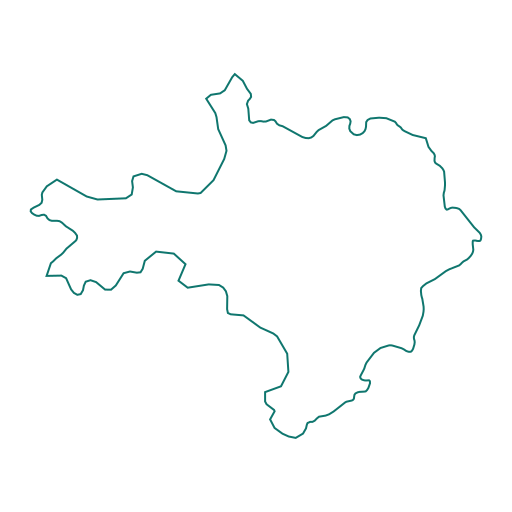 SVG path tracing the border of Gard
{"feature_id": "FRA-5293", "entity_name": "Gard", "entity_type": "Metropolitan department", "adm_level": 1, "iso_a3": "FRA", "parent_name": "France", "parent_adm1": "", "projection": "natural_earth1", "projection_center": [4.221, 43.959], "detail": "fine", "context": "isolated", "style": "outline", "palette": "teal", "viewbox_px": 512, "rotation_deg": 0, "n_neighbors": 0, "source": "natural_earth", "source_scale": "10m", "svg_char_len": 3917}
<svg xmlns="http://www.w3.org/2000/svg" viewBox="0 0 512 512"><path d="M295.7,437.9L288.7,436.5L282.5,433.7L274.6,428.0L270.1,419.4L274.6,411.3L274.1,410.0L266.6,404.3L265.1,401.5L265.1,392.1L281.0,386.3L288.4,371.9L287.2,353.7L277.1,336.4L273.3,333.5L260.3,327.6L243.5,315.4L230.7,314.3L227.9,313.0L227.1,309.2L227.3,296.1L225.9,291.3L223.2,287.6L219.0,285.0L208.7,284.4L187.7,287.7L178.5,280.7L185.5,264.2L173.8,253.6L156.1,251.6L144.8,260.8L142.7,268.8L140.5,272.3L136.8,272.7L130.0,271.5L123.6,273.2L115.8,285.5L111.0,289.7L105.1,289.6L96.1,282.1L90.5,280.2L85.7,281.7L83.9,285.6L83.0,290.2L80.7,294.1L77.3,294.8L73.9,292.9L71.1,289.4L66.1,278.2L61.4,275.6L46.6,275.9L50.9,263.2L53.2,261.3L56.2,258.3L61.2,254.6L63.2,252.7L66.5,248.6L75.7,240.8L75.9,240.5L76.4,239.9L77.1,237.9L77.0,235.6L75.0,232.8L72.9,230.8L65.9,226.3L61.9,222.6L59.6,221.2L57.1,220.8L51.8,220.8L49.5,220.1L47.5,218.4L46.0,215.8L44.0,214.7L41.6,215.0L39.0,215.9L36.6,215.7L34.2,214.6L32.0,213.1L30.7,211.4L30.9,209.5L33.7,207.6L39.3,204.9L41.6,202.8L42.3,199.8L41.8,194.8L42.4,192.4L46.8,186.3L56.9,179.6L86.7,196.5L97.5,199.5L125.9,198.3L131.7,194.5L132.9,187.4L132.1,181.1L133.5,176.4L141.7,173.8L147.3,175.2L176.2,191.3L197.9,193.5L200.6,193.0L213.5,180.2L224.2,159.0L226.5,150.8L225.6,145.4L218.2,129.1L216.5,117.1L215.3,113.1L206.2,98.7L210.9,94.8L220.1,93.4L224.8,90.2L232.2,77.2L234.8,74.1L242.8,80.8L247.0,88.8L250.8,93.9L251.1,96.9L249.8,98.9L248.1,100.7L246.9,104.1L248.3,108.7L249.2,120.3L250.8,122.4L253.1,122.9L258.3,121.2L260.9,121.1L263.4,121.6L266.0,121.5L271.0,119.6L274.0,120.0L275.4,121.2L277.0,123.7L279.3,125.3L282.6,126.2L302.3,137.0L305.6,138.0L308.7,138.2L311.2,137.5L313.4,136.0L316.7,131.9L318.6,130.1L326.1,125.9L332.5,120.4L334.9,119.3L343.8,117.1L347.7,117.4L349.8,119.1L350.6,121.3L350.2,123.7L349.4,125.9L349.3,128.6L350.3,131.2L353.7,134.3L356.8,135.1L360.0,134.6L362.7,133.1L364.5,131.2L365.5,129.1L366.0,126.8L366.2,122.1L367.6,120.0L370.4,118.5L379.1,117.7L386.3,118.2L394.9,121.7L396.2,123.2L396.8,124.3L397.6,125.2L399.8,126.7L400.8,127.5L402.2,129.5L403.2,130.3L404.9,131.3L412.7,135.0L425.8,138.2L428.5,146.9L431.4,150.9L433.8,153.3L434.6,154.9L434.9,156.3L434.6,158.0L434.5,160.9L435.1,162.6L436.2,163.6L439.8,165.8L442.3,168.3L443.4,170.0L444.1,171.6L445.0,182.5L445.0,185.4L444.6,189.9L444.3,191.3L443.9,192.4L443.7,193.7L443.5,195.4L444.8,206.6L445.5,208.5L446.6,209.6L447.6,209.5L449.7,208.4L451.0,207.9L452.4,207.6L455.6,207.9L457.1,208.2L459.1,208.9L460.5,210.1L474.1,227.3L479.7,232.8L480.8,234.6L481.3,236.3L481.2,237.7L481.0,239.0L480.6,240.1L480.3,240.6L480.1,240.7L480.0,240.8L479.8,240.9L479.3,241.0L478.4,241.0L476.9,240.9L476.5,240.8L476.4,240.7L475.2,240.5L474.1,240.5L473.0,240.7L472.8,241.1L472.7,242.0L472.7,244.2L473.3,249.7L473.1,251.1L472.7,252.5L472.1,253.8L470.7,255.9L468.8,258.0L467.1,259.5L463.5,261.4L461.7,263.0L461.0,263.8L459.2,265.4L449.5,269.2L445.9,271.1L434.9,279.1L426.4,283.4L423.0,286.1L421.2,288.1L420.9,291.0L421.3,295.1L421.9,297.6L422.3,298.8L423.6,306.7L423.7,309.3L423.5,311.7L422.8,315.7L419.2,325.3L414.3,335.3L413.9,336.8L413.9,338.1L414.1,339.3L414.5,340.4L414.7,342.2L414.4,344.5L413.1,348.8L412.0,350.7L410.9,351.7L410.1,351.8L408.8,351.8L407.4,351.4L406.1,350.9L403.9,349.4L401.5,348.2L392.6,345.6L391.0,345.3L389.5,345.3L388.2,345.6L380.5,348.0L374.0,352.8L366.6,362.5L365.4,365.0L364.3,368.5L363.4,370.4L360.9,375.1L360.2,376.6L360.3,377.7L360.9,378.7L361.8,379.5L363.1,380.0L364.6,380.4L366.1,380.5L369.0,380.3L369.9,381.2L370.0,383.3L368.4,387.9L367.1,390.0L365.7,391.4L364.3,391.6L359.4,391.9L357.7,392.3L355.5,393.4L354.5,394.7L354.2,396.3L353.9,398.7L353.1,399.8L351.9,400.5L346.5,401.7L345.3,402.3L333.6,411.5L329.1,414.3L325.6,415.6L319.0,416.7L316.8,418.5L314.7,420.7L312.4,421.9L310.0,421.9L308.4,422.7L307.7,422.9L307.5,423.1L307.4,423.3L306.8,424.9L306.0,428.4L303.0,433.6L295.7,437.9Z" fill="none" stroke="#0f766e" stroke-width="2"/></svg>